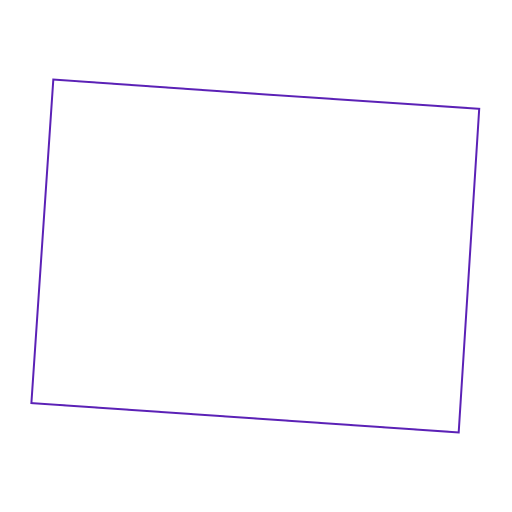 outline of Monroe, Iowa, United States of America, rotated 4°
{"feature_id": "52423323B33016719022729", "entity_name": "Monroe", "entity_type": "district", "adm_level": 2, "iso_a3": "USA", "parent_name": "United States of America", "parent_adm1": "Iowa", "projection": "orthographic", "projection_center": [-92.869, 41.03], "detail": "fine", "context": "isolated", "style": "outline", "palette": "violet", "viewbox_px": 512, "rotation_deg": 4, "n_neighbors": 0, "source": "geoboundaries", "source_scale": "gbopen_adm2", "svg_char_len": 230}
<svg xmlns="http://www.w3.org/2000/svg" viewBox="0 0 512 512"><g transform="rotate(4 256 256)"><path d="M255.0,94.2L41.5,94.1L42.2,418.4L470.5,417.9L468.4,93.6L255.0,94.2Z" fill="none" stroke="#5b21b6" stroke-width="2"/></g></svg>